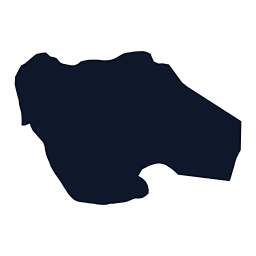 outline of Ash Shahil, Hajjah, Yemen
{"feature_id": "15242507B16315139957826", "entity_name": "Ash Shahil", "entity_type": "district", "adm_level": 2, "iso_a3": "YEM", "parent_name": "Yemen", "parent_adm1": "Hajjah", "projection": "natural_earth1", "projection_center": [43.424, 15.855], "detail": "fine", "context": "isolated", "style": "filled", "palette": "ink", "viewbox_px": 256, "rotation_deg": 0, "n_neighbors": 0, "source": "geoboundaries", "source_scale": "gbopen_adm2", "svg_char_len": 1968}
<svg xmlns="http://www.w3.org/2000/svg" viewBox="0 0 256 256"><path d="M22.3,124.8L22.7,124.8L23.2,124.8L24.9,124.8L25.2,124.6L25.7,124.3L26.1,124.2L26.7,124.0L27.1,123.8L27.4,123.6L28.0,123.5L28.3,123.2L28.7,123.2L28.8,123.2L29.4,122.8L29.8,122.7L30.3,122.5L31.2,125.6L33.4,130.4L36.0,133.1L38.3,135.9L41.1,139.0L43.8,142.1L45.2,145.9L45.7,149.4L45.9,150.5L46.9,154.7L47.8,157.1L48.3,158.4L49.9,162.0L51.3,165.9L53.1,169.4L55.0,172.5L57.2,175.6L59.5,179.0L62.1,182.8L64.0,186.0L65.4,188.1L66.5,189.8L68.7,193.3L71.5,196.5L74.6,199.3L77.8,200.8L81.2,201.4L85.4,201.9L89.9,202.6L93.9,203.0L97.5,203.7L102.2,204.1L106.5,204.0L110.0,203.0L113.5,203.0L117.0,202.4L121.0,201.9L124.5,201.5L127.9,200.5L131.7,198.9L135.1,197.7L138.6,197.8L142.0,197.3L145.3,195.4L147.9,193.0L147.9,189.2L147.0,185.4L145.2,182.1L142.1,179.0L139.1,177.1L137.9,176.7L137.7,175.5L141.7,168.7L145.2,167.0L148.7,165.2L152.1,164.0L152.8,163.8L155.6,163.0L159.0,162.6L162.6,163.2L165.1,164.0L166.2,164.4L169.2,166.4L172.2,168.4L175.6,171.3L177.5,173.1L178.4,174.0L229.1,180.3L230.0,178.0L231.2,173.9L232.3,169.9L233.5,166.1L234.6,161.8L235.8,158.0L237.9,153.7L240.0,149.9L240.6,121.7L237.2,119.5L206.2,99.6L186.7,87.1L181.6,83.0L179.9,80.7L168.5,65.1L166.3,64.7L162.7,64.1L158.3,64.3L153.2,62.0L150.2,54.9L150.1,54.5L146.7,52.7L143.2,51.9L141.4,51.9L138.9,52.0L134.8,52.3L134.6,52.4L134.1,52.3L131.0,52.9L127.2,53.4L123.8,54.2L120.6,56.0L117.2,58.0L113.3,59.9L109.8,60.8L105.4,61.1L102.1,61.0L98.6,60.5L95.2,60.4L91.6,60.4L91.2,60.5L88.0,60.6L84.6,61.3L81.2,62.1L78.5,64.4L74.7,66.0L70.7,66.0L66.6,65.2L63.0,64.5L59.6,63.0L56.0,58.7L53.5,57.9L52.8,57.7L49.9,57.2L45.9,53.4L43.3,53.3L40.0,54.0L37.7,54.4L35.6,55.4L29.9,60.2L25.8,63.7L24.9,64.4L21.6,66.0L19.2,70.3L18.3,72.3L15.7,77.3L15.8,79.5L15.7,80.7L15.4,83.8L16.2,87.9L17.2,91.8L18.0,95.1L18.2,96.0L19.3,99.8L19.8,104.1L20.7,108.0L21.8,111.7L22.2,115.5L22.4,119.5L22.4,123.3L22.3,124.8Z" fill="#0f172a" stroke="#020617" stroke-width="1.5"/></svg>